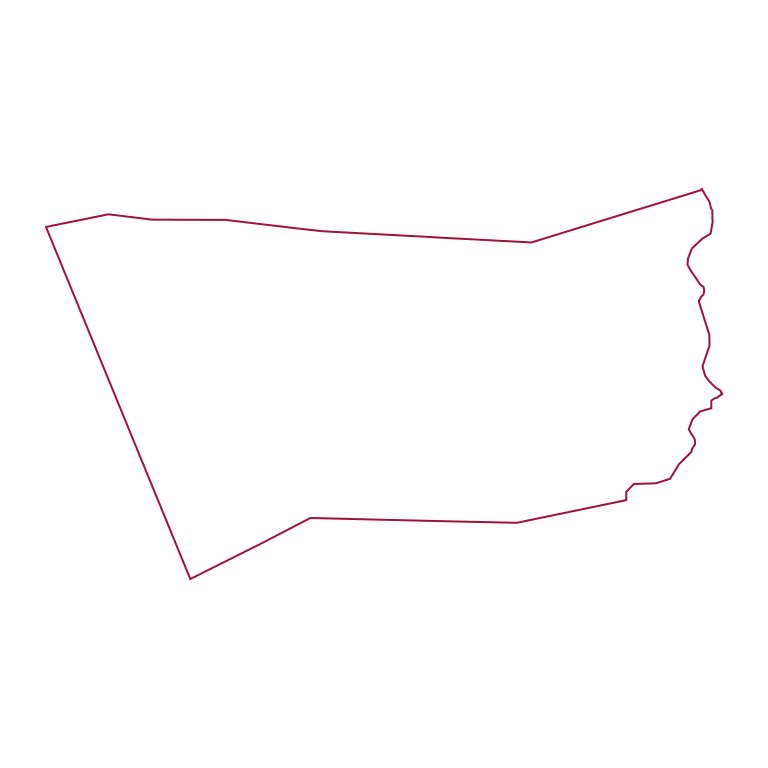 Reifi Hamashkureib, Kassala, Sudan (Albers equal-area conic projection)
{"feature_id": "16777658B48283750984727", "entity_name": "Reifi Hamashkureib", "entity_type": "district", "adm_level": 2, "iso_a3": "SDN", "parent_name": "Sudan", "parent_adm1": "Kassala", "projection": "albers", "projection_center": [36.838, 16.811], "detail": "fine", "context": "isolated", "style": "outline", "palette": "rose", "viewbox_px": 768, "rotation_deg": 0, "n_neighbors": 0, "source": "geoboundaries", "source_scale": "gbopen_adm2", "svg_char_len": 1300}
<svg xmlns="http://www.w3.org/2000/svg" viewBox="0 0 768 768"><path d="M46.1,226.9L46.2,227.5L129.0,429.5L147.5,474.6L190.3,579.0L262.4,542.9L310.3,518.0L426.7,520.8L457.2,521.5L516.8,522.8L626.3,500.1L626.3,491.8L633.8,484.0L655.7,483.3L670.1,478.8L672.8,474.3L673.0,474.1L673.6,473.0L678.8,464.4L691.3,452.0L692.1,448.9L695.1,444.0L694.8,439.4L692.0,434.7L691.6,434.4L688.8,429.1L692.5,419.3L700.0,411.5L711.3,408.2L711.3,400.8L712.1,400.0L713.8,398.9L715.3,398.1L717.5,397.5L718.9,396.1L721.9,394.5L721.3,393.8L721.9,393.2L720.2,390.4L715.4,387.5L712.9,385.0L709.0,381.0L706.3,377.3L705.2,376.0L702.5,366.4L705.5,357.4L706.8,353.7L709.4,346.1L709.4,345.2L709.6,344.3L709.4,341.9L709.4,335.0L698.7,301.1L701.5,296.3L703.5,294.6L703.8,292.5L704.2,291.9L704.0,291.5L704.2,290.3L703.5,286.8L700.4,284.7L699.4,283.2L690.9,270.8L687.5,264.8L687.9,258.8L691.9,248.5L702.4,238.6L710.6,233.6L712.4,223.6L712.6,221.2L712.4,219.1L712.4,210.6L711.1,208.3L710.9,207.8L709.8,203.0L709.5,202.0L705.6,195.6L703.5,191.9L701.9,189.0L700.7,190.2L700.1,190.4L530.9,242.6L530.2,242.4L443.1,237.8L426.3,236.8L401.7,235.5L375.9,234.1L331.1,231.7L327.5,231.5L322.0,231.2L292.5,227.9L285.5,227.0L257.3,223.7L225.7,219.9L190.2,219.8L151.6,219.6L108.4,214.3L46.1,226.9Z" fill="none" stroke="#9f1239" stroke-width="2"/></svg>